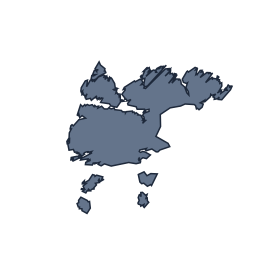 Sund nor, Hordaland, Norway (Robinson projection), rotated 125°
{"feature_id": "86288312B82260053973659", "entity_name": "Sund nor", "entity_type": "district", "adm_level": 2, "iso_a3": "NOR", "parent_name": "Norway", "parent_adm1": "Hordaland", "projection": "robinson", "projection_center": [5.059, 60.233], "detail": "fine", "context": "isolated", "style": "filled", "palette": "slate", "viewbox_px": 256, "rotation_deg": 125, "n_neighbors": 0, "source": "geoboundaries", "source_scale": "gbopen_adm2", "svg_char_len": 5858}
<svg xmlns="http://www.w3.org/2000/svg" viewBox="0 0 256 256"><g transform="rotate(125 128 128)"><path d="M73.1,82.9L72.1,82.5L72.3,80.3L68.5,79.2L65.2,80.1L66.0,83.3L61.6,81.3L63.4,81.1L62.4,80.1L55.3,78.5L52.9,79.5L53.2,78.1L49.9,75.5L53.8,76.3L53.5,74.6L55.1,73.8L52.7,71.5L50.3,71.1L52.8,70.4L51.1,67.4L37.9,66.0L34.1,66.7L34.5,67.8L37.1,68.1L35.5,68.1L35.3,70.6L39.0,70.2L40.2,68.4L40.8,69.3L39.6,70.9L41.4,71.1L41.5,70.2L46.4,71.8L43.5,73.0L48.1,74.9L43.0,73.8L44.2,74.8L39.8,75.2L37.2,77.2L38.9,78.3L37.2,79.4L37.8,80.3L36.0,80.8L36.9,82.6L37.7,82.3L38.3,82.3L36.6,82.8L33.9,82.7L34.9,83.2L34.0,83.3L34.2,84.6L37.0,83.5L38.4,86.6L40.3,86.9L38.4,87.2L38.3,88.2L46.3,90.5L34.5,90.2L36.1,91.1L35.7,92.5L37.8,93.4L36.0,93.1L37.3,95.2L45.3,97.9L40.3,97.4L38.9,99.0L40.2,100.1L38.3,100.4L39.4,101.9L44.6,102.0L44.1,102.8L45.2,103.1L40.2,105.0L41.5,105.9L39.4,105.9L39.9,107.8L47.5,110.6L47.2,111.9L48.1,112.2L56.9,111.5L58.8,108.8L58.0,105.7L56.8,105.2L61.7,103.7L63.6,99.4L66.1,97.1L65.5,99.9L61.9,105.1L61.5,109.5L59.1,111.8L58.6,113.2L59.4,113.9L58.6,114.1L60.3,116.8L66.1,117.8L56.0,118.4L68.2,120.4L56.2,119.7L56.8,121.3L59.2,120.6L57.8,123.0L59.5,124.6L57.1,125.8L64.2,127.4L57.7,126.4L55.0,127.2L58.2,128.5L56.0,128.7L58.2,131.3L85.6,136.3L86.2,138.0L84.6,138.3L83.5,140.6L85.1,142.1L82.1,142.0L80.8,144.4L81.3,146.2L86.0,148.6L85.7,149.7L96.8,154.3L99.2,154.0L97.6,152.8L98.6,152.1L103.9,152.4L105.3,147.6L106.3,147.3L105.4,145.7L106.5,144.3L103.0,142.0L108.1,142.4L109.1,141.2L105.9,133.5L107.4,131.3L103.1,125.2L103.5,124.1L100.6,121.5L102.3,120.3L105.9,122.8L104.4,123.0L104.7,124.6L106.8,124.4L106.5,123.3L109.4,123.3L109.8,121.3L112.2,118.9L111.7,117.9L115.9,118.8L113.1,118.5L113.8,119.2L112.3,119.8L113.0,120.5L111.3,120.5L111.9,121.4L110.2,124.9L111.6,127.4L110.9,127.4L110.8,130.1L112.3,130.5L111.4,132.3L112.6,133.2L111.6,134.1L115.6,138.8L117.1,138.7L116.3,139.3L117.9,141.9L117.4,143.4L120.6,149.4L119.6,150.8L121.9,152.6L122.5,154.8L121.5,155.1L124.2,155.7L126.0,158.4L125.3,162.1L129.0,164.1L127.0,164.7L128.9,166.4L128.5,168.2L130.0,168.0L129.4,170.7L131.8,172.7L132.1,174.9L134.1,175.5L133.6,176.8L136.5,177.4L136.1,180.2L146.5,177.0L146.4,176.0L144.9,176.2L147.2,173.5L144.2,172.7L144.3,168.4L149.4,173.0L157.6,174.0L157.4,175.7L158.8,176.1L161.9,174.9L161.2,173.9L165.6,173.3L169.9,170.6L174.0,170.4L175.2,169.3L171.1,169.2L173.7,167.5L175.6,168.2L180.0,163.6L176.9,160.4L178.5,158.0L176.9,155.7L176.7,154.2L178.1,155.0L176.9,151.9L179.4,152.5L176.8,149.5L174.4,148.6L174.4,149.6L173.1,149.5L170.9,147.9L170.3,147.1L171.0,146.9L168.1,144.3L170.1,144.6L169.0,143.2L178.5,148.1L178.0,149.9L179.8,150.0L180.3,153.4L184.7,157.6L186.6,156.6L184.0,155.6L185.1,154.8L186.3,156.1L186.6,154.1L180.8,150.9L179.4,148.8L181.5,148.5L176.3,143.1L178.4,142.6L175.6,141.1L176.4,140.4L180.4,142.9L182.4,141.9L178.8,136.0L176.7,136.4L175.6,135.1L177.2,135.4L172.4,131.6L174.9,131.6L174.4,128.3L170.9,126.7L168.8,119.9L155.9,107.7L152.6,100.9L149.4,98.0L147.8,98.7L148.5,100.4L146.9,101.2L148.1,101.5L146.6,101.6L147.6,100.0L143.8,98.8L142.5,95.3L137.2,94.2L137.9,100.4L138.8,102.5L140.8,103.7L140.8,105.3L139.2,105.7L134.2,101.2L136.0,101.2L136.1,100.0L131.5,96.4L131.4,91.3L130.4,89.8L127.6,89.2L119.3,83.1L117.6,86.4L118.9,100.3L108.1,102.2L98.4,109.3L87.3,105.0L79.8,97.5L75.6,95.0L70.8,87.2L70.9,85.5L73.1,82.9ZM106.5,157.9L103.3,159.0L104.3,159.3L103.5,160.5L104.9,161.0L104.8,162.0L101.7,159.6L102.3,161.6L99.2,164.5L96.8,169.6L96.6,170.9L97.5,171.2L96.9,172.3L98.6,172.2L97.7,171.1L100.5,170.6L100.7,171.5L100.1,171.4L99.9,171.7L99.7,171.5L98.3,174.2L101.5,174.8L97.9,175.5L100.9,177.2L98.4,176.7L98.7,178.6L103.2,181.5L109.1,182.1L108.9,183.6L110.2,184.0L109.7,185.5L110.5,186.3L118.0,185.6L112.0,188.6L114.0,190.0L121.8,189.4L124.8,187.8L125.6,186.7L123.8,186.4L126.9,185.0L125.5,184.5L126.6,183.7L126.1,182.3L127.2,181.0L123.4,181.2L127.5,180.2L128.5,178.7L125.3,175.8L126.4,173.9L119.5,172.0L121.7,171.9L121.1,171.4L122.0,170.4L120.2,169.2L121.6,168.9L119.9,168.1L120.6,167.3L118.5,166.9L118.1,165.7L122.8,165.1L118.8,157.1L119.8,154.7L117.4,149.0L110.5,149.0L108.1,146.4L108.4,149.2L110.2,149.7L105.5,153.3L107.2,153.3L105.2,155.0L106.2,155.9L105.3,157.4L106.5,157.9ZM82.6,136.2L54.6,132.6L60.4,134.0L57.3,134.5L59.3,136.5L61.1,136.1L62.0,137.0L60.0,137.1L62.5,138.4L64.6,138.5L65.9,136.4L66.5,137.2L65.6,137.3L65.6,140.0L66.6,140.8L75.5,142.9L67.3,142.3L69.8,143.7L67.5,143.8L66.3,145.3L69.8,146.9L67.0,146.7L67.8,147.1L72.8,147.9L71.9,147.0L77.8,145.9L77.3,147.2L78.6,147.3L79.6,145.8L78.8,144.7L79.8,144.2L77.6,142.7L83.4,139.9L84.7,138.1L82.6,136.2ZM188.1,120.2L183.8,118.2L185.4,120.0L182.5,120.6L184.6,126.6L186.6,127.3L185.8,128.3L186.5,130.3L193.3,130.1L198.3,132.5L196.3,133.5L198.9,134.0L200.0,133.4L197.5,130.4L201.4,131.5L202.9,128.6L204.3,131.3L205.1,131.0L203.6,128.3L206.0,128.9L205.4,125.3L203.0,125.5L201.6,123.5L201.7,125.1L200.8,125.3L201.0,122.9L198.8,122.4L197.0,120.3L197.7,121.8L192.7,121.2L192.0,123.0L189.1,120.2L188.0,122.2L186.5,122.3L188.1,120.2ZM160.2,92.9L165.4,87.3L165.8,84.9L164.2,83.4L164.6,78.7L161.4,77.0L161.7,75.7L148.8,77.7L152.3,83.2L156.2,85.1L154.7,89.7L160.2,92.9ZM221.5,112.6L215.3,112.9L210.2,117.4L211.3,118.3L210.7,119.8L211.7,126.9L215.6,127.0L217.4,125.6L219.1,126.4L221.2,123.5L220.6,122.3L222.1,121.6L220.6,119.4L222.1,118.3L221.5,112.6ZM104.6,187.6L102.7,185.0L105.1,186.1L105.9,187.7L109.1,186.3L108.5,183.8L106.1,182.2L102.7,181.6L95.4,177.9L94.4,179.2L94.9,180.0L92.6,180.9L92.2,186.7L90.4,189.6L98.3,189.0L98.6,187.4L97.2,185.7L98.5,186.7L99.8,185.9L99.3,188.1L100.2,188.6L104.6,187.6ZM183.8,69.1L177.0,68.4L176.5,70.4L174.3,72.1L175.4,72.9L171.4,74.3L173.0,75.1L172.4,79.2L173.5,80.5L176.8,77.9L175.6,80.1L176.3,80.5L179.2,79.7L180.9,77.3L183.8,76.8L184.4,75.9L183.7,73.3L184.6,72.7L181.5,71.1L183.5,70.4L183.8,69.1Z" fill="#64748b" stroke="#1e293b" stroke-width="1.5"/></g></svg>